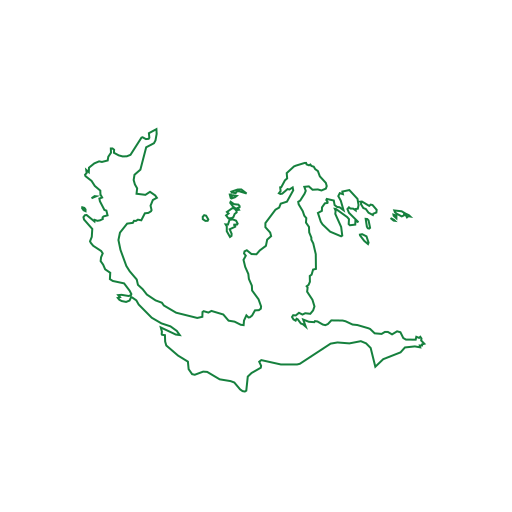 Sulawesi Tengah, Equal Earth projection, rotated 311°
{"feature_id": "IDN-557", "entity_name": "Sulawesi Tengah", "entity_type": "Province", "adm_level": 1, "iso_a3": "IDN", "parent_name": "Indonesia", "parent_adm1": "", "projection": "equal_earth", "projection_center": [121.786, -0.946], "detail": "fine", "context": "isolated", "style": "outline", "palette": "green", "viewbox_px": 512, "rotation_deg": 311, "n_neighbors": 0, "source": "natural_earth", "source_scale": "10m", "svg_char_len": 6140}
<svg xmlns="http://www.w3.org/2000/svg" viewBox="0 0 512 512"><g transform="rotate(311 256 256)"><path d="M234.9,143.0L230.6,141.4L224.8,143.4L222.1,147.1L220.9,147.4L217.9,146.5L215.3,144.1L207.7,146.0L205.9,143.0L203.7,142.4L202.5,140.8L200.2,141.3L195.9,137.5L184.4,138.0L177.8,141.7L171.7,149.7L163.4,164.7L161.6,170.7L160.0,181.4L156.8,185.8L156.6,192.3L155.3,198.9L156.6,209.3L159.0,215.6L158.2,218.9L160.8,232.9L170.7,252.3L174.9,255.4L178.6,252.4L180.0,252.7L182.1,257.2L185.3,258.4L190.4,269.7L189.2,277.7L192.4,282.9L194.1,289.6L195.7,292.0L199.4,289.3L204.9,287.7L204.7,290.7L205.8,291.6L208.5,292.1L214.3,290.9L217.0,293.7L219.4,294.2L221.3,292.9L225.0,286.3L227.4,275.7L230.9,272.3L234.0,265.7L237.4,262.0L240.7,255.0L244.9,249.1L249.5,248.1L250.1,245.3L252.0,244.3L254.3,245.3L254.5,251.3L257.6,255.2L262.7,255.2L270.2,256.8L275.7,253.7L280.9,254.4L283.0,251.3L283.9,244.2L287.0,241.5L303.7,240.3L307.8,241.7L311.7,240.3L317.3,243.7L330.0,241.0L331.8,238.7L328.1,237.6L327.2,235.9L320.3,234.9L318.8,233.7L318.4,232.1L321.1,232.0L323.7,229.2L324.6,229.9L332.1,228.2L335.0,228.6L338.7,224.8L348.5,225.9L350.5,226.9L358.2,231.7L359.1,232.7L358.3,234.1L359.2,236.5L360.7,237.0L360.3,238.7L361.3,241.0L360.4,243.7L360.7,247.0L358.0,251.9L357.0,260.7L355.2,263.5L352.7,264.5L348.4,262.4L346.8,259.0L343.1,255.2L343.2,250.2L339.9,247.1L337.8,250.8L334.8,251.8L326.8,253.0L324.6,252.3L323.0,254.3L320.5,261.9L318.1,266.0L317.6,269.1L314.0,271.8L312.7,276.9L308.7,280.7L306.2,285.7L304.6,287.1L303.1,290.9L296.6,299.9L285.6,309.7L283.2,308.0L278.4,310.2L276.2,309.7L271.9,313.6L268.7,314.6L266.4,314.1L266.1,315.6L262.6,318.0L260.0,327.3L256.3,333.2L252.4,334.8L248.0,334.9L245.1,330.7L242.3,329.5L241.3,325.7L237.2,325.0L235.7,322.9L233.6,323.2L232.7,325.9L233.2,328.3L235.3,327.8L235.6,329.0L234.5,334.1L235.3,336.3L235.3,339.9L239.0,333.3L241.0,339.0L244.3,343.4L245.5,343.2L246.9,345.3L248.1,351.4L249.3,353.7L251.8,354.9L256.8,355.1L264.1,363.7L265.5,366.4L267.6,373.8L270.4,377.8L275.2,388.2L275.8,390.0L275.5,396.3L279.6,401.9L283.3,403.1L285.2,405.3L286.1,410.1L291.7,411.9L293.2,415.0L290.7,421.0L291.3,424.0L297.6,431.4L300.2,430.0L301.2,432.8L302.8,433.0L302.3,435.0L300.6,436.1L300.2,440.6L298.2,439.3L297.4,440.0L295.9,438.3L294.8,439.9L292.0,435.2L284.7,428.4L278.1,428.3L261.6,419.7L250.7,418.7L261.8,402.9L262.3,396.4L260.5,391.0L251.3,383.8L244.2,374.2L238.8,369.8L203.4,359.8L201.0,358.1L190.5,346.0L180.9,328.3L178.3,327.8L176.5,331.9L174.8,332.9L164.8,329.4L159.6,328.9L148.0,337.0L146.4,336.5L145.2,334.5L144.9,331.5L146.3,322.6L144.9,318.9L139.1,309.5L136.5,295.2L134.1,292.0L126.2,287.7L124.9,285.3L126.4,279.4L131.6,273.9L129.7,262.5L129.6,247.0L131.8,243.6L136.5,239.2L134.9,236.8L135.2,236.0L137.2,234.6L139.6,231.0L144.1,247.0L146.3,250.3L147.5,245.4L146.8,237.6L143.1,228.8L141.0,217.8L142.4,199.3L144.0,194.8L143.5,190.0L143.1,188.7L139.4,189.8L136.1,188.1L133.9,184.2L133.3,181.6L133.7,179.2L135.7,180.4L136.1,177.7L138.5,180.0L142.3,186.2L144.5,187.3L145.5,186.9L146.9,183.4L148.8,174.4L143.2,164.3L142.7,160.9L147.7,157.0L147.0,150.9L149.2,146.3L150.2,142.1L153.4,139.9L157.4,138.6L158.2,135.9L156.9,126.5L157.5,122.8L158.2,121.1L162.7,119.5L169.0,114.7L170.7,102.3L172.1,100.3L174.5,100.1L175.8,101.2L176.1,111.4L177.4,110.5L178.5,113.2L180.6,114.9L183.4,116.1L184.5,114.9L185.9,115.0L189.3,117.3L192.1,113.3L191.3,111.4L194.9,102.3L196.6,100.1L199.2,101.5L200.4,98.2L203.2,95.6L203.1,88.4L204.8,82.6L204.4,74.9L205.1,73.7L207.6,73.7L209.6,71.4L209.6,74.8L213.1,72.0L219.8,73.2L224.5,75.5L225.9,78.0L230.8,81.4L234.0,79.4L238.8,78.8L241.9,75.9L243.0,77.1L243.1,79.2L240.7,81.1L241.9,86.4L243.7,90.1L246.5,93.1L250.0,94.9L270.2,91.9L271.2,92.5L272.0,96.2L274.0,98.1L275.3,97.9L278.4,94.6L286.4,97.6L283.0,100.9L277.3,104.3L274.2,105.0L266.0,101.8L245.3,112.1L237.6,111.0L233.1,113.8L230.6,117.6L229.1,121.9L224.6,125.0L229.6,132.4L234.9,133.9L235.6,140.2L234.9,143.0ZM361.3,278.9L367.0,283.2L365.7,295.1L361.7,300.0L358.5,301.8L356.9,300.4L355.8,301.4L355.5,298.3L353.7,296.0L353.7,294.2L351.4,294.2L349.6,297.8L348.7,311.1L347.7,308.0L344.8,310.3L340.8,306.7L340.9,305.0L344.8,302.0L345.2,299.3L343.9,285.4L343.3,284.5L342.4,286.4L339.8,288.2L333.8,301.2L328.0,307.7L326.7,307.3L323.0,296.0L323.5,285.5L324.4,282.4L329.1,274.5L333.3,276.1L336.0,273.9L340.9,273.4L342.9,275.1L343.7,274.7L344.4,272.3L345.5,272.0L348.9,278.3L346.0,281.9L346.2,285.0L347.6,287.1L348.0,292.0L353.3,283.8L355.2,278.8L358.4,278.0L359.7,281.0L361.3,278.9ZM370.0,308.8L370.9,310.5L370.0,316.8L367.8,318.3L364.9,316.8L363.6,317.3L362.5,312.5L363.5,308.1L362.6,305.5L364.0,301.2L365.5,300.3L365.4,299.1L366.6,300.2L368.1,308.6L370.0,308.8ZM265.9,212.3L268.4,214.5L269.6,217.8L268.4,220.9L267.4,221.1L264.8,218.4L265.5,220.2L264.5,221.1L258.9,218.6L256.8,223.0L255.1,224.3L253.3,223.9L255.5,217.7L259.2,214.5L259.9,212.3L261.4,214.2L265.9,212.3ZM276.4,206.7L277.8,208.6L277.2,211.7L276.2,212.8L273.7,212.3L270.6,213.4L268.6,212.8L266.3,210.4L267.0,206.8L270.1,207.4L270.2,205.2L276.4,206.7ZM342.1,321.8L343.3,326.5L339.9,332.2L338.5,332.7L338.4,327.8L339.8,321.0L340.3,320.4L342.1,321.8ZM385.3,336.6L386.0,340.5L385.2,340.0L383.7,341.0L381.5,340.0L380.2,334.4L380.2,332.2L381.1,330.5L385.3,336.6ZM282.9,210.9L282.0,211.6L280.3,210.7L279.7,212.8L278.8,212.0L278.2,206.5L279.2,201.7L280.3,201.3L280.7,205.4L283.2,209.0L282.9,210.9ZM356.0,314.4L356.9,315.7L356.7,317.6L352.1,323.6L350.9,323.4L350.3,322.1L350.9,320.4L356.0,314.4ZM296.6,201.3L297.0,207.9L293.8,200.8L292.1,199.1L290.1,199.4L288.1,196.1L288.4,195.2L294.2,198.6L296.6,201.3ZM249.3,194.7L248.9,191.7L250.6,190.1L252.8,190.1L253.7,191.9L252.3,196.0L250.8,196.4L249.3,194.7ZM286.7,198.7L288.7,202.0L286.5,201.6L283.3,199.7L283.2,198.8L285.2,195.9L285.9,196.6L285.2,198.6L286.7,198.7ZM178.0,93.4L178.8,92.9L179.7,94.9L179.3,96.8L178.0,97.9L177.4,95.9L178.0,93.4ZM386.4,342.1L387.1,344.7L387.0,346.5L386.0,344.9L384.2,344.6L385.4,341.5L386.4,342.1ZM377.4,332.6L378.6,335.5L376.6,337.2L376.7,333.5L377.4,332.6ZM191.7,94.0L195.3,94.9L196.2,96.2L191.7,94.0ZM372.9,332.7L373.8,336.5L373.7,337.7L373.0,336.6L372.9,332.7Z" fill="none" stroke="#15803d" stroke-width="2"/></g></svg>